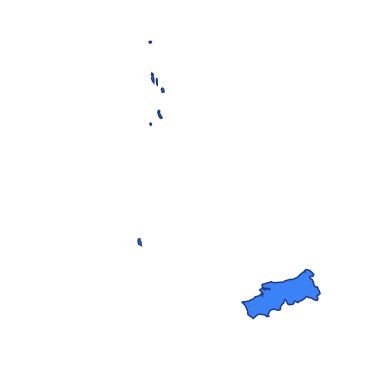 map outline of Portugal (Robinson projection), rotated 63°
{"feature_id": "PRT", "entity_name": "Portugal", "entity_type": "country or territory", "adm_level": 0, "iso_a3": "PRT", "parent_name": "Europe", "parent_adm1": "", "projection": "robinson", "projection_center": [-13.235, 37.393], "detail": "fine", "context": "isolated", "style": "filled", "palette": "blue", "viewbox_px": 384, "rotation_deg": 63, "n_neighbors": 0, "source": "natural_earth", "source_scale": "50m", "svg_char_len": 3289}
<svg xmlns="http://www.w3.org/2000/svg" viewBox="0 0 384 384"><g transform="rotate(63 192 192)"><path d="M314.2,123.9L315.3,122.9L316.4,122.2L317.0,122.0L319.6,121.3L320.3,120.9L320.9,121.0L321.0,121.3L321.4,122.0L321.9,122.4L322.0,122.7L321.0,124.1L320.9,124.5L321.4,125.4L321.5,125.7L321.8,125.8L322.5,125.8L323.7,125.2L324.6,124.7L324.9,124.9L327.3,124.6L327.9,124.9L328.3,125.1L329.5,125.4L330.8,125.5L332.5,125.0L333.2,124.5L333.3,124.0L333.3,123.7L333.5,123.4L333.9,123.3L334.5,123.5L335.3,123.7L337.3,123.8L337.7,123.5L338.4,123.6L339.3,124.0L340.3,123.8L340.8,124.3L341.1,124.9L341.2,126.1L341.1,127.4L341.4,127.9L342.1,128.0L343.2,128.0L344.2,128.3L345.0,128.9L345.3,129.5L345.4,129.9L345.0,130.2L344.5,131.1L343.2,132.3L341.2,133.3L339.8,134.7L338.8,136.3L337.5,136.9L337.1,137.3L337.0,137.7L337.9,139.7L338.2,141.2L338.4,143.0L338.3,143.5L338.3,145.5L338.1,146.1L338.2,146.6L338.5,147.1L338.7,147.6L338.1,148.3L337.0,149.0L336.2,149.6L336.0,150.2L336.1,150.6L337.5,151.9L337.8,152.4L337.6,153.7L336.9,155.8L336.2,157.0L335.2,157.5L331.1,157.5L330.1,157.8L330.2,158.1L331.2,159.7L332.2,160.5L332.6,160.7L333.0,162.7L334.7,165.7L336.3,166.1L336.9,166.9L336.8,167.9L336.3,169.1L335.4,170.3L334.2,171.2L333.5,172.0L333.5,173.0L333.2,174.2L332.9,175.2L332.8,175.9L335.8,180.0L337.5,179.8L337.4,180.9L336.9,182.0L336.3,182.3L334.9,182.6L333.6,184.1L332.6,185.9L331.8,186.8L331.1,188.9L331.2,189.9L331.6,191.3L332.5,195.0L331.4,195.2L327.2,197.6L325.9,197.6L323.4,196.5L319.1,196.2L317.7,195.9L316.0,196.6L314.6,196.6L313.5,197.5L312.8,197.2L313.6,195.2L314.9,191.2L314.8,188.8L315.1,186.7L314.7,184.6L314.0,183.3L314.9,180.0L314.8,178.2L313.9,176.0L316.5,176.4L315.7,175.5L314.9,174.9L314.1,175.1L313.4,175.0L311.2,175.9L310.1,176.1L309.8,176.0L309.9,174.6L309.3,172.9L310.1,172.4L311.2,172.3L312.1,171.5L312.6,170.7L312.3,169.2L313.0,167.7L314.8,166.5L313.9,166.7L312.8,167.5L311.2,170.2L310.6,171.6L309.2,172.0L307.9,172.2L307.3,172.1L306.5,171.8L306.4,170.7L306.4,169.9L307.0,168.3L307.1,166.0L307.9,164.0L307.8,163.5L307.6,162.6L308.2,161.9L309.1,161.3L310.3,159.6L312.0,155.4L314.0,151.0L313.8,150.5L313.4,150.1L313.5,148.9L314.6,143.7L315.1,143.0L315.7,141.5L315.7,139.1L315.9,137.4L315.9,136.6L315.6,135.6L314.8,133.6L313.9,129.5L313.8,128.2L314.5,127.5L313.4,127.4L312.9,126.5L313.0,125.5L314.2,123.9ZM106.7,185.1L107.4,185.2L111.4,185.0L112.4,185.1L112.3,186.2L111.5,186.7L109.2,187.0L105.6,186.3L104.4,185.3L104.2,184.6L104.3,184.3L105.1,184.0L106.7,185.1ZM210.2,259.7L211.9,260.5L213.5,260.2L215.5,261.2L216.5,261.4L215.6,262.1L214.7,263.1L212.4,262.8L210.5,261.9L209.8,261.3L209.6,260.7L210.2,259.7ZM76.3,175.9L77.3,176.5L75.7,176.7L75.2,176.9L74.0,176.5L72.5,176.6L71.6,175.8L71.4,174.9L71.9,174.4L73.2,174.4L76.3,175.9ZM89.7,173.1L89.4,173.2L86.9,172.8L86.2,172.2L85.9,171.2L86.4,170.9L87.5,170.7L89.1,170.9L90.1,171.6L90.1,172.5L89.7,173.1ZM80.9,174.4L80.3,174.6L77.1,173.4L76.0,172.9L74.5,171.6L78.7,173.2L80.9,174.4ZM40.4,161.6L39.8,162.3L38.9,162.1L38.6,161.8L39.0,160.3L39.7,159.9L40.4,160.5L40.4,161.6ZM70.3,174.8L69.0,174.9L67.8,173.7L69.7,173.1L70.2,173.5L70.5,173.9L70.7,174.5L70.3,174.8ZM113.8,198.3L113.7,198.6L113.0,198.5L112.1,198.6L111.7,197.8L112.1,197.4L113.1,197.3L113.6,197.7L113.8,198.3Z" fill="#3b82f6" stroke="#1e3a8a" stroke-width="1.5"/></g></svg>